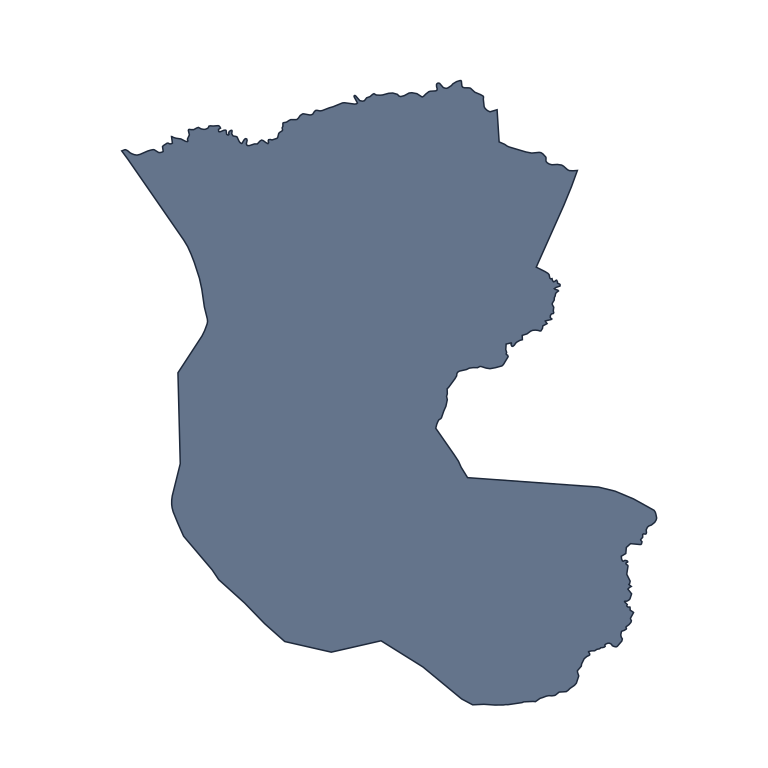 the district of Belen, Lempira, Honduras, rotated 96°
{"feature_id": "27666195B74461525568246", "entity_name": "Belen", "entity_type": "district", "adm_level": 2, "iso_a3": "HND", "parent_name": "Honduras", "parent_adm1": "Lempira", "projection": "equal_earth", "projection_center": [-88.46, 14.523], "detail": "fine", "context": "isolated", "style": "filled", "palette": "slate", "viewbox_px": 768, "rotation_deg": 96, "n_neighbors": 0, "source": "geoboundaries", "source_scale": "gbopen_adm2", "svg_char_len": 6103}
<svg xmlns="http://www.w3.org/2000/svg" viewBox="0 0 768 768"><g transform="rotate(96 384 384)"><path d="M556.3,567.4L586.9,535.4L595.8,528.0L616.4,499.7L634.8,477.7L650.5,455.8L656.2,408.4L639.7,360.1L661.3,315.8L689.1,273.9L693.8,262.3L692.1,251.2L691.7,240.2L690.7,231.6L690.1,229.3L690.0,227.3L686.4,213.3L685.5,211.8L684.1,202.5L684.1,200.2L680.3,195.9L679.2,193.3L677.5,190.0L676.7,187.4L676.6,184.5L676.0,182.0L675.5,181.0L672.1,177.6L670.9,170.6L669.5,169.0L667.3,167.2L663.7,163.0L661.4,161.4L654.0,159.8L650.7,161.3L649.0,161.7L644.0,158.3L641.7,158.2L636.3,156.2L633.8,153.8L632.5,151.7L631.8,151.1L630.5,151.4L629.2,152.6L628.8,152.6L627.8,150.1L627.3,146.6L625.6,144.5L624.8,141.9L623.6,140.8L623.3,139.0L622.7,137.5L621.8,136.6L620.6,137.1L620.0,136.8L619.1,135.7L618.4,134.2L618.2,132.9L618.6,131.5L619.2,130.5L620.4,129.6L620.9,128.2L621.2,126.4L621.0,125.2L620.3,124.4L614.8,120.6L612.6,120.3L610.9,121.6L608.8,122.3L605.5,122.0L604.9,121.5L603.9,119.3L602.5,117.5L601.9,117.3L600.8,117.9L600.1,117.8L597.7,115.2L595.2,113.5L593.6,113.2L592.0,114.2L591.2,114.4L585.2,111.9L584.6,112.7L583.2,115.5L580.2,116.0L580.1,116.5L580.4,117.8L579.7,119.1L579.1,119.4L577.9,119.0L575.4,122.0L574.8,121.7L574.7,120.3L574.3,119.2L572.9,117.5L571.9,116.9L566.8,115.8L562.5,120.0L560.7,118.6L559.5,116.9L557.8,119.5L556.5,118.8L554.3,118.6L547.8,122.7L539.5,122.3L538.8,122.7L538.0,124.2L537.1,124.7L536.4,124.4L535.7,123.1L535.0,123.1L534.4,123.9L534.2,125.4L534.4,126.4L535.2,127.4L535.1,128.3L533.3,129.4L530.5,130.0L527.3,125.8L521.2,125.9L517.0,122.1L516.9,112.5L516.7,111.7L516.1,111.2L513.9,110.9L512.6,112.3L512.0,112.5L509.4,110.7L506.6,111.0L505.9,110.2L506.0,108.5L505.6,107.7L504.4,107.4L501.6,108.0L498.8,107.0L497.4,105.6L496.3,103.3L493.3,100.3L490.7,99.1L488.8,98.8L485.0,100.0L483.1,100.8L481.4,102.2L472.2,123.8L466.4,143.0L464.1,159.9L468.4,291.1L458.7,298.6L453.0,301.9L447.0,306.8L422.6,327.9L418.5,327.3L415.5,326.4L413.9,325.7L412.5,323.9L411.5,323.3L404.6,321.7L399.7,320.1L393.0,319.4L389.7,320.5L387.2,320.0L382.2,320.7L380.6,319.4L371.2,313.9L368.3,312.6L365.9,312.6L364.3,311.7L363.3,310.3L361.0,303.5L359.3,300.8L358.4,297.0L358.0,292.7L356.5,290.4L356.5,289.0L357.5,284.2L357.7,280.2L356.1,274.8L353.7,268.6L352.2,267.3L343.9,263.4L342.5,264.0L341.9,265.3L341.3,265.7L339.8,265.3L337.1,266.5L331.5,266.7L329.8,261.8L330.1,261.5L331.3,261.8L332.4,261.3L333.1,260.7L333.1,259.8L331.7,258.4L329.6,257.3L328.3,256.1L326.4,253.4L325.5,251.0L321.2,251.6L319.2,247.0L316.2,243.8L315.1,241.8L314.6,239.1L314.6,236.4L315.0,234.4L314.8,233.5L312.2,232.2L309.6,232.1L306.9,228.1L304.8,230.1L304.4,230.2L302.5,224.7L302.0,223.9L301.5,224.0L301.1,225.0L300.5,225.6L298.5,225.7L296.8,224.8L296.2,223.0L295.4,222.6L293.6,223.3L289.9,223.2L287.5,224.9L286.2,225.1L282.8,223.5L280.1,223.6L278.8,223.0L276.2,222.8L275.0,222.1L273.2,220.2L272.5,220.9L272.0,223.6L271.4,224.6L270.1,223.2L268.2,219.2L266.9,219.2L266.3,219.7L265.6,221.9L263.9,222.3L262.7,223.2L263.0,223.9L264.0,224.8L264.6,226.0L264.5,226.3L263.2,227.4L261.6,227.9L262.0,229.1L261.4,230.1L257.9,231.3L256.8,232.6L255.3,235.7L251.9,244.8L187.7,223.9L168.2,218.2L151.4,214.0L152.2,218.3L152.4,222.0L151.7,223.9L148.6,228.2L147.7,230.2L147.5,234.5L148.4,239.9L148.0,242.5L147.0,244.7L145.9,245.9L145.0,246.3L142.2,246.5L141.4,246.8L138.5,250.1L137.5,252.1L137.4,253.9L138.9,261.2L138.4,267.1L135.2,284.2L134.6,286.2L133.0,289.1L131.2,294.8L99.4,300.2L102.2,307.0L101.5,309.1L100.7,310.6L99.2,312.4L97.7,313.4L90.3,315.0L88.1,315.0L87.3,315.5L86.1,318.2L84.3,324.2L80.8,328.9L80.6,330.4L81.0,335.0L80.6,336.8L79.4,337.7L74.7,338.7L74.2,339.2L74.3,340.2L75.7,343.5L78.3,346.9L80.2,348.2L82.8,351.4L83.4,352.6L83.4,354.2L83.0,356.0L79.2,360.1L79.0,361.1L79.2,362.0L79.9,362.8L80.8,363.1L82.8,362.8L85.0,361.9L86.5,362.2L87.1,363.3L88.0,368.6L88.6,370.0L91.3,372.8L93.7,374.7L94.5,375.8L94.4,376.5L91.8,381.6L91.4,386.8L92.0,389.5L95.1,394.0L96.4,397.4L96.1,399.1L94.5,401.0L93.7,405.7L94.4,409.8L96.7,415.7L97.2,418.2L97.4,421.9L96.3,424.3L97.1,425.6L99.6,427.9L101.2,431.2L104.3,433.1L105.0,434.9L104.7,437.7L100.5,442.2L100.1,443.0L100.2,443.5L100.8,443.9L101.7,443.6L107.3,439.8L108.2,440.6L108.7,442.4L108.4,452.8L108.8,454.7L113.7,463.9L115.0,467.2L118.5,474.0L119.1,476.2L118.8,479.3L119.1,480.6L120.3,481.7L123.1,483.1L123.8,484.3L124.2,485.7L123.7,492.2L123.9,493.2L125.7,495.4L128.6,497.0L130.0,498.2L130.3,499.3L130.8,504.3L131.6,505.7L133.8,508.4L134.7,511.5L135.3,511.8L138.3,511.5L139.9,512.1L142.0,511.4L143.0,511.9L144.8,514.2L145.8,514.9L150.0,515.5L150.9,516.2L153.0,520.9L152.7,522.7L153.1,524.3L154.1,524.6L156.1,524.0L157.1,524.6L156.3,526.6L154.6,529.5L154.2,531.2L155.3,532.7L158.5,535.1L158.8,538.0L160.9,542.6L161.2,544.4L160.7,545.4L159.5,546.0L156.0,545.6L154.7,546.1L154.4,547.1L154.7,547.8L156.0,548.8L159.4,550.3L159.7,550.8L159.4,551.6L158.8,552.6L157.3,553.8L153.7,555.9L153.3,557.0L153.1,559.9L152.6,560.5L151.0,561.6L148.2,561.5L147.6,562.0L147.8,562.8L149.0,564.3L150.6,564.7L152.1,564.3L152.6,564.8L152.7,565.4L152.1,566.6L148.4,567.5L148.1,567.9L148.3,569.6L150.1,572.9L150.4,574.1L150.2,574.8L148.1,575.2L146.6,573.3L145.5,574.0L144.5,575.2L144.4,576.0L145.3,580.9L145.4,583.8L145.9,585.1L147.2,585.4L148.2,586.2L149.4,588.4L149.6,590.0L149.4,592.5L148.2,595.4L149.0,597.1L150.9,599.8L151.2,602.4L151.1,604.2L151.4,604.9L152.3,605.1L156.6,603.6L161.0,605.1L162.8,604.4L163.5,604.9L163.4,606.7L161.5,611.6L161.3,616.6L160.8,619.1L160.1,620.7L160.1,621.2L166.6,619.6L167.1,620.3L167.6,621.7L167.5,622.6L167.0,623.8L167.1,624.8L170.0,628.4L171.1,629.1L175.7,627.9L176.1,628.2L176.8,629.5L177.3,631.1L177.3,632.4L175.1,636.9L175.0,638.0L175.7,640.3L177.0,643.4L181.1,650.6L182.2,653.6L182.0,656.4L181.3,659.0L180.6,660.7L178.8,663.3L178.0,665.4L178.1,666.3L179.6,669.2L187.4,662.1L261.8,598.2L267.9,593.6L275.1,589.4L282.9,585.4L298.2,578.6L308.8,575.1L326.2,570.7L337.8,566.5L340.4,566.0L342.8,566.2L349.8,568.0L355.2,570.0L394.4,590.1L484.6,578.3L517.4,582.9L521.6,583.0L525.8,582.6L529.2,581.8L533.2,580.3L543.8,574.6L556.3,567.4Z" fill="#64748b" stroke="#1e293b" stroke-width="1.5"/></g></svg>